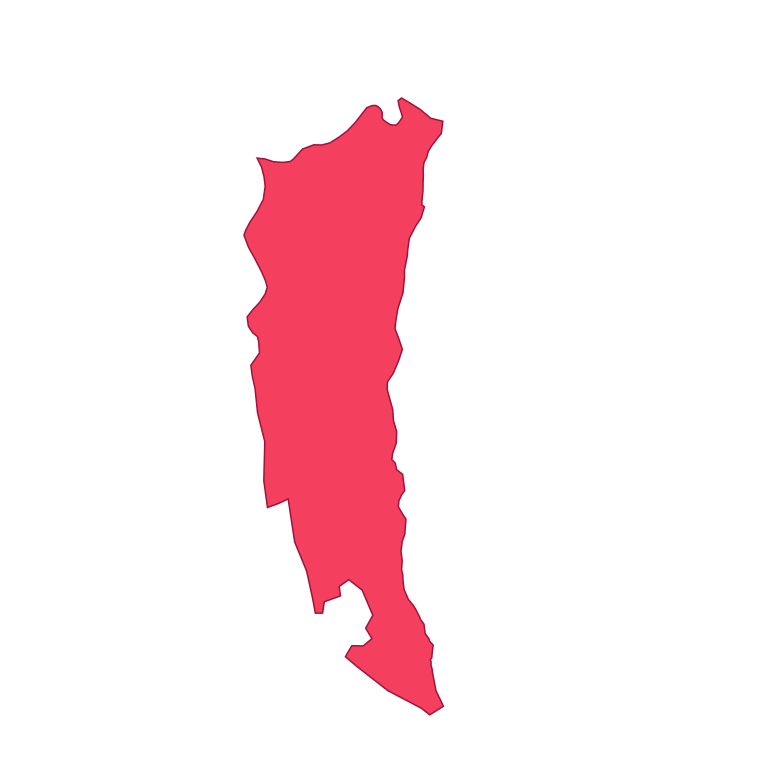 Kuyichirchik, Tashkent, Uzbekistan, rotated 125°
{"feature_id": "79887680B71620655639392", "entity_name": "Kuyichirchik", "entity_type": "district", "adm_level": 2, "iso_a3": "UZB", "parent_name": "Uzbekistan", "parent_adm1": "Tashkent", "projection": "orthographic", "projection_center": [68.959, 40.953], "detail": "fine", "context": "isolated", "style": "filled", "palette": "rose", "viewbox_px": 768, "rotation_deg": 125, "n_neighbors": 0, "source": "geoboundaries", "source_scale": "gbopen_adm2", "svg_char_len": 2199}
<svg xmlns="http://www.w3.org/2000/svg" viewBox="0 0 768 768"><g transform="rotate(125 384 384)"><path d="M628.8,156.8L613.9,150.5L607.2,162.3L605.4,165.5L599.2,171.9L593.0,178.3L589.5,181.5L587.7,183.9L584.3,186.3L583.4,187.9L580.9,187.8L575.7,190.8L569.7,193.9L568.6,198.9L566.8,201.3L564.8,207.1L561.3,210.3L557.8,213.5L555.9,219.2L554.1,221.7L550.3,229.0L548.5,233.2L546.4,240.6L540.9,249.6L533.9,255.9L529.6,259.1L526.0,263.1L518.3,267.7L511.3,274.1L502.7,278.7L495.1,280.8L489.9,283.9L482.1,288.5L480.2,293.4L476.4,301.7L471.3,304.7L464.5,306.1L459.5,305.8L456.0,309.0L447.3,316.9L446.9,324.5L442.4,329.3L441.4,334.3L435.4,337.3L425.2,340.1L415.7,346.3L408.6,355.2L399.8,362.3L394.5,368.8L386.5,378.4L380.4,382.3L369.6,382.6L356.9,385.3L345.1,388.8L337.9,398.5L332.4,406.7L325.6,410.5L314.4,415.8L305.1,418.7L298.3,420.8L291.4,424.7L284.6,428.5L279.3,432.4L265.7,438.4L260.5,441.5L250.2,446.8L236.8,448.6L226.7,448.9L215.7,452.5L215.5,455.9L210.4,459.0L203.5,462.8L196.6,467.5L190.5,471.4L185.3,475.3L179.3,478.4L174.3,478.9L168.3,481.1L161.6,481.6L154.9,481.3L147.5,480.9L145.8,480.8L135.0,486.5L139.5,498.2L138.3,512.3L139.1,526.9L139.7,533.7L143.8,535.0L148.2,530.5L151.5,526.0L154.8,522.0L161.0,521.8L165.1,522.6L167.9,527.4L168.2,532.1L168.0,536.3L166.9,538.3L162.6,541.2L160.9,544.2L160.2,547.8L160.6,550.5L162.5,553.2L167.5,556.6L177.8,557.1L187.0,557.6L197.8,559.3L207.4,562.4L217.5,566.6L224.0,572.2L228.3,578.7L238.2,585.5L251.6,587.2L255.6,588.5L260.5,594.0L265.3,602.0L267.9,610.5L271.7,617.5L276.8,608.4L283.1,601.1L290.1,594.8L302.1,588.7L316.3,586.9L328.0,586.7L337.3,585.5L342.4,584.1L349.6,573.6L355.2,562.1L362.6,548.1L367.1,540.8L371.6,535.2L378.4,533.0L388.4,532.7L398.4,534.1L407.5,534.6L414.5,528.2L417.4,520.8L417.7,514.9L421.3,510.9L430.0,503.8L445.0,503.8L452.9,496.6L461.7,487.0L480.1,471.1L499.6,448.6L532.3,426.9L552.0,408.6L541.3,401.2L533.1,396.6L564.7,366.5L581.6,340.1L600.5,319.6L611.1,308.8L606.9,302.9L596.6,308.0L582.5,298.1L575.5,304.6L564.5,300.6L565.4,283.6L579.9,260.5L594.5,259.0L599.5,247.9L610.5,250.8L616.8,260.2L625.8,259.6L629.6,259.1L631.0,243.4L633.0,205.0L628.2,167.6L628.8,156.8Z" fill="#f43f5e" stroke="#9f1239" stroke-width="1.5"/></g></svg>